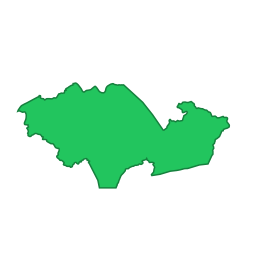 Colomoncagua, Intibucá, Honduras (Natural Earth projection), rotated 68°
{"feature_id": "27666195B91470082357426", "entity_name": "Colomoncagua", "entity_type": "district", "adm_level": 2, "iso_a3": "HND", "parent_name": "Honduras", "parent_adm1": "Intibucá", "projection": "natural_earth1", "projection_center": [-88.292, 13.988], "detail": "fine", "context": "isolated", "style": "filled", "palette": "green", "viewbox_px": 256, "rotation_deg": 68, "n_neighbors": 0, "source": "geoboundaries", "source_scale": "gbopen_adm2", "svg_char_len": 5822}
<svg xmlns="http://www.w3.org/2000/svg" viewBox="0 0 256 256"><g transform="rotate(68 128 128)"><path d="M66.8,159.6L66.5,160.5L66.7,161.4L66.2,162.1L66.5,162.5L67.5,163.0L67.3,164.2L67.3,164.7L67.7,167.3L68.1,168.6L68.2,169.8L68.3,170.7L68.5,171.0L68.8,171.2L69.7,171.1L69.8,171.5L69.5,172.0L69.5,172.5L71.3,173.7L71.6,174.0L71.3,175.6L70.6,176.9L70.7,177.6L70.7,178.3L70.5,179.0L70.5,179.5L72.5,182.1L73.0,183.0L73.1,183.6L73.0,184.2L72.5,184.9L72.3,185.3L72.3,185.8L72.5,187.2L72.3,188.1L71.3,190.0L70.5,192.0L70.4,192.8L70.8,194.4L70.7,194.8L69.2,195.4L68.6,196.5L68.0,197.3L67.1,198.0L66.8,197.9L66.0,197.2L65.5,197.1L65.2,197.2L65.1,197.6L64.8,197.9L64.7,198.1L65.6,199.3L65.7,199.5L65.7,199.8L65.5,200.0L66.1,205.7L66.8,212.0L67.0,215.1L67.4,218.4L68.1,219.8L68.6,220.6L70.3,223.1L71.2,223.9L71.2,222.9L71.3,222.5L72.6,221.1L73.8,220.0L74.0,219.4L74.2,218.1L74.4,217.7L75.0,217.4L76.7,217.2L78.4,217.7L80.5,218.7L81.7,219.5L84.3,222.0L85.1,222.4L85.8,222.5L86.2,222.3L87.8,219.5L88.7,219.9L89.1,219.9L89.5,219.8L89.8,219.9L89.9,220.2L90.0,221.4L90.1,221.7L90.3,221.9L91.6,221.5L92.5,221.5L93.4,221.6L94.4,222.0L94.8,222.4L95.2,223.0L96.2,222.9L97.2,223.4L97.8,223.4L99.0,222.4L99.2,221.9L99.3,221.4L99.3,221.1L98.7,220.1L98.7,218.2L98.3,216.6L98.3,216.0L99.2,214.4L99.8,214.0L100.3,213.4L101.2,211.8L102.6,211.2L103.8,211.1L104.0,211.0L104.2,210.2L104.3,210.1L104.7,210.2L105.2,210.4L106.2,211.4L106.6,211.4L106.9,210.9L107.6,209.1L108.4,208.1L108.8,207.9L110.0,208.2L110.6,207.8L113.6,205.4L113.9,204.8L114.3,203.8L114.8,203.3L115.8,203.0L119.0,202.5L119.7,201.7L120.4,201.2L120.7,200.3L121.0,199.8L121.6,199.8L122.7,200.0L124.0,201.1L124.5,201.8L125.0,202.1L125.8,202.6L126.3,202.5L126.6,202.7L126.8,202.8L127.2,204.2L127.6,204.7L128.2,204.8L129.0,204.7L131.0,203.6L132.4,203.2L132.7,202.8L133.1,201.8L133.5,201.4L134.5,200.8L135.2,200.7L135.7,200.3L136.1,200.3L136.5,200.5L137.6,201.5L137.9,201.5L138.2,201.4L138.7,200.8L139.3,199.9L139.7,199.5L140.2,199.4L140.7,198.7L141.1,198.1L141.6,196.3L142.0,196.1L142.5,196.2L142.8,196.0L143.0,195.7L143.0,194.6L142.9,194.1L141.6,193.1L141.3,192.5L141.2,191.7L140.3,190.8L140.2,190.5L140.2,189.6L140.4,189.1L140.8,188.9L141.5,188.7L142.0,188.4L142.6,187.9L142.7,187.5L142.5,187.0L142.3,186.7L141.8,186.5L141.4,185.9L141.1,184.7L141.8,184.6L141.9,184.3L141.7,183.9L140.8,182.8L140.7,182.5L140.9,181.5L140.5,181.2L140.3,180.3L140.6,178.5L140.9,177.9L141.2,177.7L142.2,178.0L142.8,177.9L142.8,177.7L142.7,177.1L143.8,176.8L144.4,176.1L144.7,176.3L145.0,177.3L145.2,177.5L145.4,177.6L146.0,177.2L165.2,175.5L172.8,176.9L179.0,161.6L176.8,159.4L176.4,159.3L175.9,158.8L175.2,157.7L174.8,157.2L173.4,156.2L172.5,155.2L171.7,154.5L169.8,152.6L169.1,151.6L168.1,149.3L167.3,147.8L166.8,146.9L166.6,146.6L165.3,145.8L165.2,145.3L165.2,144.6L165.8,143.2L165.8,142.9L165.2,141.2L165.2,139.9L165.1,138.6L165.5,137.1L165.2,135.6L165.5,134.6L165.7,134.3L166.1,132.1L165.7,131.6L165.6,130.9L165.9,130.4L166.6,129.6L166.6,128.7L166.4,127.7L166.0,127.3L165.5,127.1L165.1,127.1L164.5,127.5L164.2,127.5L163.9,127.1L163.7,126.5L163.7,126.1L163.9,124.8L163.9,123.3L163.7,122.6L163.3,122.1L164.1,122.1L164.9,122.3L165.2,122.1L165.9,121.3L166.3,121.2L167.9,121.1L168.1,120.8L168.7,118.7L169.7,117.3L170.2,117.0L170.4,117.0L170.5,117.1L170.8,118.0L171.2,118.5L171.5,118.5L172.4,118.2L173.4,118.0L174.4,118.0L174.8,118.3L176.0,119.3L176.6,119.6L178.3,120.7L178.7,121.1L179.4,122.7L180.0,123.7L180.3,123.8L181.0,123.7L182.9,115.6L183.9,104.9L185.6,98.7L186.3,95.2L186.8,91.0L187.9,87.8L189.0,75.6L191.3,67.3L184.7,60.3L184.5,59.6L184.0,59.0L183.1,58.7L181.7,58.1L180.6,57.9L179.7,57.2L179.1,56.2L178.6,56.0L177.3,55.7L176.6,55.7L175.9,55.8L175.6,55.7L175.3,55.3L174.6,53.6L173.5,52.9L173.1,52.4L171.6,51.6L171.3,50.8L171.1,49.3L170.2,46.4L167.7,43.8L166.2,42.4L166.0,41.5L166.2,40.8L165.1,40.0L165.1,37.4L165.3,36.7L165.3,35.6L165.2,35.0L165.0,34.5L165.1,34.2L164.7,33.7L163.9,33.2L162.9,33.0L159.4,33.9L158.8,33.9L158.1,33.6L157.4,32.7L156.6,32.2L156.0,32.1L155.5,32.3L154.9,33.0L154.5,34.3L154.0,35.0L153.9,35.1L153.2,35.3L152.9,35.5L152.7,39.5L152.3,40.9L151.7,41.7L150.5,42.1L149.6,42.8L149.3,43.8L149.0,45.2L148.8,45.6L148.5,45.8L145.4,45.8L144.6,45.9L143.8,46.4L143.6,47.1L143.4,47.3L140.9,48.4L140.5,49.3L139.6,50.4L138.1,51.6L137.4,53.1L135.7,55.3L135.6,55.8L135.8,56.6L135.6,57.0L135.1,57.3L133.8,57.5L132.4,58.1L131.5,58.0L130.9,57.6L129.9,57.8L129.1,58.5L128.3,58.8L127.1,59.6L126.9,62.7L126.2,64.1L125.3,65.4L124.8,67.0L124.7,67.9L125.4,68.5L125.6,69.1L125.6,69.6L125.4,70.5L124.4,71.5L124.5,71.8L124.8,71.8L125.0,71.9L125.4,72.8L126.1,73.3L126.3,74.0L126.7,74.4L127.1,74.5L127.6,74.3L128.0,73.9L128.2,73.2L131.2,71.2L132.1,71.1L133.4,71.6L133.9,71.6L134.2,71.5L134.4,71.1L134.5,70.3L134.4,67.9L134.7,67.4L135.3,67.2L135.8,67.3L136.2,67.6L136.8,68.4L137.2,69.4L137.4,71.0L137.7,71.8L138.7,72.4L139.4,73.1L140.4,73.9L140.9,74.2L141.3,74.7L141.4,74.9L141.3,75.6L140.8,77.9L140.6,78.2L139.8,79.0L139.6,79.3L140.1,81.0L140.0,81.6L138.6,83.0L138.3,83.6L138.1,84.5L137.9,84.9L137.1,85.4L136.1,85.5L135.9,85.7L135.8,86.1L136.0,86.5L136.6,87.1L138.2,87.4L139.0,87.7L139.8,88.9L141.2,91.2L142.4,91.9L142.6,92.4L143.2,94.7L143.4,95.2L143.3,95.8L143.1,96.2L124.8,100.3L113.0,103.8L109.8,104.7L86.4,115.9L86.2,116.6L85.6,117.8L85.5,118.5L84.9,119.5L84.5,120.6L84.6,121.1L84.5,121.3L82.6,124.2L82.2,124.6L81.7,124.8L81.3,125.3L81.1,125.9L80.9,127.6L81.3,130.5L81.5,131.4L81.9,132.2L82.3,132.8L83.2,133.7L85.1,135.0L85.7,135.7L86.0,136.2L86.2,136.8L86.3,137.3L86.1,137.8L85.5,139.1L84.5,140.1L83.7,140.7L82.7,141.1L79.4,141.8L77.4,142.5L77.1,142.8L77.0,143.2L77.1,143.7L77.8,146.0L78.3,147.4L78.5,148.1L78.3,149.7L77.6,152.6L78.2,154.9L78.2,155.4L77.9,155.8L77.4,156.2L76.1,156.6L74.7,156.6L73.0,157.0L69.4,158.0L67.5,158.9L66.8,159.6Z" fill="#22c55e" stroke="#15803d" stroke-width="1.5"/></g></svg>